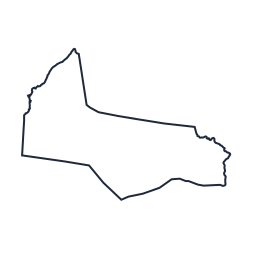 outline of Tawkar, Red Sea, Sudan, rotated 277°
{"feature_id": "16777658B45805430370558", "entity_name": "Tawkar", "entity_type": "district", "adm_level": 2, "iso_a3": "SDN", "parent_name": "Sudan", "parent_adm1": "Red Sea", "projection": "albers", "projection_center": [37.526, 17.9], "detail": "fine", "context": "isolated", "style": "outline", "palette": "slate", "viewbox_px": 256, "rotation_deg": 277, "n_neighbors": 0, "source": "geoboundaries", "source_scale": "gbopen_adm2", "svg_char_len": 3113}
<svg xmlns="http://www.w3.org/2000/svg" viewBox="0 0 256 256"><g transform="rotate(277 128 128)"><path d="M195.5,70.1L195.6,69.6L195.9,68.2L197.3,66.6L198.5,66.4L199.8,65.8L200.0,64.9L199.2,64.1L198.0,63.5L196.2,62.4L194.6,61.9L193.5,60.8L192.4,60.3L191.4,59.7L190.4,59.0L189.7,58.7L189.0,57.7L187.8,56.7L186.7,55.6L185.6,54.9L184.9,53.1L183.9,51.6L182.6,49.7L181.9,49.1L181.1,48.4L179.4,46.3L177.7,45.0L175.7,44.1L174.3,43.3L173.2,43.1L172.3,42.8L171.3,42.3L170.6,41.7L169.5,41.8L169.0,41.5L167.9,41.3L166.8,41.0L165.9,40.6L164.8,40.3L163.8,40.0L162.7,39.5L162.0,39.0L161.7,38.2L161.3,37.6L160.5,37.1L160.2,36.5L159.3,36.0L158.8,35.6L158.4,34.1L158.7,33.5L156.9,31.8L155.9,31.5L156.0,30.8L156.6,30.1L156.1,29.2L155.3,28.2L154.0,28.0L152.8,28.3L152.3,28.7L151.7,28.5L151.2,28.3L150.4,28.1L149.7,27.7L148.4,27.1L148.8,26.4L148.6,26.0L148.1,26.0L147.9,24.9L146.9,25.4L146.2,26.4L145.5,26.6L143.8,27.1L143.7,27.3L143.5,27.6L143.4,27.4L143.3,27.2L143.1,27.1L142.6,27.1L142.3,27.3L142.0,27.9L141.2,27.2L140.5,27.4L139.7,27.5L138.6,27.8L138.0,27.8L137.1,27.8L135.9,28.2L135.3,28.2L134.9,27.9L134.6,27.5L134.2,27.7L133.7,27.3L133.1,27.5L132.3,27.2L131.2,26.5L130.6,25.7L130.2,25.2L130.1,24.7L129.8,24.7L129.4,24.5L128.7,23.8L128.2,23.4L127.6,23.4L122.5,24.0L116.1,24.4L106.7,25.0L88.4,26.2L87.9,26.2L87.1,68.9L86.1,93.9L70.7,110.2L56.0,130.1L60.0,137.0L62.2,143.6L64.6,150.7L72.5,166.6L80.2,175.1L82.4,177.5L84.0,185.5L82.4,191.7L82.7,194.6L80.3,204.4L80.0,210.0L82.8,226.4L82.2,228.7L82.2,228.8L82.1,229.0L82.4,230.2L82.5,230.4L82.6,230.6L83.0,231.1L83.3,231.5L84.1,231.6L85.2,231.4L85.6,231.3L86.5,231.1L87.9,230.9L88.8,230.8L91.5,230.9L92.0,230.7L92.5,230.2L92.8,229.7L93.6,229.3L94.5,228.9L95.2,228.9L95.7,229.1L96.1,229.2L96.8,229.5L97.7,229.5L98.3,229.2L99.6,228.8L100.0,228.6L100.7,228.5L101.3,228.5L102.1,228.6L102.8,228.4L103.4,228.1L104.0,227.6L104.6,227.1L105.4,227.0L106.1,227.3L106.6,227.6L107.4,228.2L107.9,228.5L108.8,229.0L109.1,229.3L109.4,229.7L109.8,230.4L110.2,231.0L110.9,231.2L111.5,231.4L112.2,231.8L112.5,232.0L113.2,232.3L113.6,232.1L113.9,232.2L114.4,232.6L114.8,232.5L115.0,232.1L115.3,231.9L115.8,230.7L115.7,230.2L116.0,229.3L116.2,228.8L116.7,228.4L116.9,227.6L116.8,227.1L117.2,226.5L117.6,226.2L118.5,226.1L119.0,226.3L119.7,226.4L119.9,225.9L120.1,225.4L120.5,224.7L120.8,224.4L121.2,224.0L121.5,223.5L121.9,223.0L122.0,222.4L122.2,221.6L122.6,221.4L123.1,220.7L123.6,218.7L124.0,216.8L124.9,215.7L126.0,215.3L126.6,215.2L127.0,215.2L127.9,215.0L128.2,214.7L128.6,213.9L128.3,213.3L127.9,212.7L127.4,212.2L127.0,212.1L126.6,212.0L126.2,211.5L126.2,210.5L126.6,209.9L127.0,209.7L127.5,209.7L127.6,209.2L127.4,208.8L127.1,208.4L127.3,207.6L127.5,207.4L127.8,207.4L128.3,207.3L128.8,207.0L129.1,206.0L128.5,205.0L128.0,204.4L127.6,203.2L127.6,202.3L127.4,202.0L127.2,200.9L127.2,200.6L127.3,200.3L127.6,200.1L128.2,199.6L128.4,198.5L128.6,197.9L129.5,197.7L129.8,197.5L130.3,197.1L130.6,196.7L137.2,194.0L137.2,193.4L136.9,163.1L137.2,155.4L137.9,135.5L138.7,116.7L140.1,96.8L143.2,89.0L143.8,87.6L145.9,84.1L195.2,70.2L195.5,70.1Z" fill="none" stroke="#1e293b" stroke-width="2"/></g></svg>